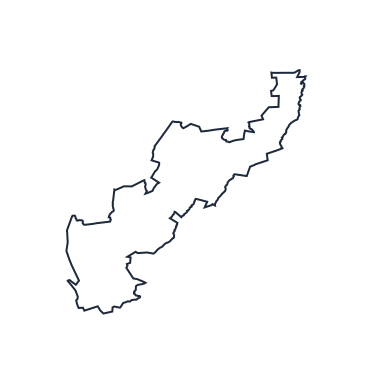 the district of Kesses, Rift Valley, Kenya, rotated 66°
{"feature_id": "3690345B57454670869281", "entity_name": "Kesses", "entity_type": "district", "adm_level": 2, "iso_a3": "KEN", "parent_name": "Kenya", "parent_adm1": "Rift Valley", "projection": "natural_earth1", "projection_center": [35.384, 0.259], "detail": "fine", "context": "isolated", "style": "outline", "palette": "slate", "viewbox_px": 384, "rotation_deg": 66, "n_neighbors": 0, "source": "geoboundaries", "source_scale": "gbopen_adm2", "svg_char_len": 6039}
<svg xmlns="http://www.w3.org/2000/svg" viewBox="0 0 384 384"><g transform="rotate(66 192 192)"><path d="M132.5,41.3L132.2,41.8L132.5,42.6L129.8,49.2L126.3,45.0L124.5,44.1L124.1,44.9L124.7,50.0L116.1,69.6L115.2,70.9L120.1,72.5L121.8,68.5L128.1,70.5L129.3,72.0L132.2,76.4L131.8,78.7L136.8,80.2L138.0,77.5L139.5,73.6L149.4,78.4L145.8,87.4L150.5,97.4L154.5,97.5L151.3,111.6L151.4,112.1L152.7,111.8L153.8,112.2L155.1,113.2L155.7,112.8L156.3,113.0L156.6,113.4L157.3,113.4L157.8,113.2L158.6,112.2L159.1,111.9L162.0,111.0L162.5,111.1L159.5,115.8L157.4,118.7L160.5,120.9L164.6,123.4L163.0,128.8L162.1,132.5L161.7,137.8L161.3,138.0L160.8,138.5L159.8,140.1L158.9,140.1L158.4,139.8L157.6,141.0L156.8,141.8L156.2,142.0L155.2,142.6L154.7,142.3L154.2,142.5L153.7,142.3L152.9,141.5L152.6,140.9L151.4,139.7L151.2,138.9L150.0,138.0L149.7,137.5L149.9,136.0L150.2,135.3L150.3,134.7L150.0,134.2L149.5,134.3L149.0,134.7L148.4,134.2L148.1,133.8L144.6,145.0L142.5,152.7L140.5,158.9L135.3,158.9L132.3,162.1L129.3,165.4L130.1,171.5L130.2,174.1L128.2,174.9L126.8,175.1L125.8,174.8L125.3,174.5L124.9,173.7L124.3,173.5L122.6,175.8L122.3,176.5L122.0,177.5L121.5,178.1L121.2,178.8L119.7,180.9L120.2,182.1L126.7,193.0L127.2,194.2L128.2,195.6L129.8,198.4L135.0,207.6L135.5,207.6L137.4,209.1L138.0,210.3L138.4,210.5L139.8,211.8L140.4,211.9L141.3,211.9L143.8,213.1L144.6,213.8L144.8,214.3L145.9,215.1L146.6,216.0L148.0,214.5L151.1,210.8L151.9,210.1L153.2,210.7L154.0,211.1L157.0,214.4L157.3,214.9L158.2,217.5L159.0,218.5L160.0,220.1L161.5,222.1L162.0,223.0L162.3,223.4L170.1,218.3L170.3,220.4L170.6,221.2L172.8,225.2L174.9,227.6L174.9,231.5L174.6,235.2L172.7,232.8L171.6,233.2L168.6,232.8L168.0,232.7L166.4,231.3L165.0,230.9L164.5,231.4L161.8,230.7L161.8,233.2L162.4,244.7L159.1,251.9L159.1,258.2L159.0,261.4L158.2,261.9L168.0,267.7L169.8,269.0L170.8,269.1L172.2,270.0L174.3,270.4L174.8,270.6L175.8,270.6L176.7,270.8L177.6,271.6L177.7,273.3L178.5,275.0L178.6,275.6L179.9,277.2L181.2,278.3L181.6,277.5L182.3,277.1L183.0,277.3L183.4,277.6L183.8,277.7L184.3,277.5L185.7,278.9L183.1,287.4L181.8,291.5L180.7,295.9L178.5,302.9L177.7,304.2L176.8,304.3L176.3,304.6L173.9,303.5L172.8,304.4L172.6,305.0L172.5,305.5L171.8,306.5L171.6,308.2L171.3,308.7L170.6,308.9L169.7,308.6L168.6,309.0L166.8,308.5L166.3,308.6L165.7,309.0L165.1,310.9L166.2,312.2L176.4,322.0L177.9,322.4L187.4,326.0L194.7,330.7L203.4,331.5L205.8,331.6L210.8,331.7L227.0,331.3L229.5,335.8L226.7,337.5L222.7,339.6L222.6,340.4L222.4,341.0L222.6,341.7L225.6,340.8L234.5,338.5L241.2,338.9L242.4,339.6L243.4,340.5L243.9,341.9L247.6,342.6L251.9,342.7L253.3,338.7L256.6,338.6L258.1,324.6L263.2,323.9L267.0,322.3L268.8,313.4L265.1,311.5L265.0,310.3L265.0,309.6L268.1,305.3L268.3,304.8L268.1,304.1L265.4,300.1L265.5,298.9L265.7,298.0L265.7,295.5L265.8,294.9L266.7,293.7L266.8,293.0L266.4,292.0L266.2,291.0L266.7,289.6L266.8,288.6L267.7,286.8L267.7,286.2L267.3,285.4L267.3,283.8L267.0,282.3L266.7,282.0L266.3,281.9L265.9,282.1L265.6,282.4L265.3,283.4L264.4,284.1L263.9,285.2L263.2,285.5L262.5,285.5L262.0,285.8L261.5,286.2L260.9,286.3L260.3,285.9L260.2,285.4L259.4,285.3L258.7,283.3L255.4,281.6L255.1,281.1L254.8,279.0L255.7,276.0L256.0,273.9L256.2,273.2L256.0,271.4L254.6,272.5L249.3,277.5L247.1,280.8L234.5,282.8L233.2,281.0L231.3,280.8L231.6,277.4L226.8,274.7L224.9,277.4L223.7,267.8L225.7,266.5L228.6,258.7L228.8,257.9L232.7,252.1L231.7,249.1L231.0,247.7L230.5,246.4L229.9,243.8L229.9,241.9L229.8,241.2L229.2,240.2L228.3,237.4L228.1,236.1L228.3,235.5L228.3,234.7L228.1,232.3L227.8,231.6L227.5,231.1L226.8,229.2L226.4,228.7L226.6,227.9L225.8,226.6L225.4,226.6L224.9,226.3L223.7,225.8L222.0,225.9L221.3,225.0L220.9,224.0L220.2,223.5L219.7,223.6L219.1,222.4L218.7,221.9L218.2,221.4L217.0,220.7L216.9,220.1L216.5,219.7L216.0,219.6L215.7,218.9L215.0,218.6L214.3,217.9L207.0,222.8L206.9,222.0L206.6,221.5L206.6,221.1L205.9,219.7L205.2,218.9L205.1,218.1L204.8,217.6L204.1,217.0L203.9,216.5L203.0,215.9L203.6,215.3L210.7,212.0L210.0,210.9L209.9,210.3L210.0,209.7L210.0,209.0L209.6,208.6L209.1,208.3L209.1,207.8L208.5,205.3L207.6,203.7L207.2,203.9L207.1,202.7L206.8,201.8L206.1,200.7L205.5,200.5L205.1,199.6L204.9,199.0L205.3,198.6L205.1,198.1L204.5,198.0L204.0,197.7L203.9,196.1L203.7,195.5L202.5,194.3L201.9,194.1L201.3,193.1L200.4,192.4L199.8,191.4L201.6,188.9L207.1,182.1L211.2,186.7L212.0,179.2L211.4,178.3L213.7,176.4L212.3,175.9L210.9,174.1L210.5,173.7L209.9,172.7L209.6,171.8L208.3,170.6L208.1,170.0L207.8,169.5L207.4,168.2L206.8,167.1L206.4,165.9L205.7,165.1L205.7,164.3L205.2,163.5L205.1,162.7L204.8,162.1L204.7,161.5L203.7,160.5L202.3,159.7L201.0,159.8L199.8,158.3L199.9,157.8L199.7,157.2L199.4,156.8L198.6,156.1L197.8,155.6L196.6,153.3L196.4,152.6L196.3,150.9L196.0,150.5L196.1,149.3L195.9,148.8L195.0,148.1L194.7,147.4L193.7,147.4L193.1,146.3L193.3,145.5L199.7,135.5L192.5,128.6L192.7,123.8L192.5,122.8L193.8,110.0L187.5,108.1L188.5,97.8L188.9,91.6L188.3,91.6L187.3,92.1L186.9,91.8L186.2,91.7L184.9,92.0L183.6,91.9L182.5,91.6L182.4,91.0L182.0,90.9L181.9,90.4L181.0,90.0L180.6,88.5L180.3,87.9L178.9,87.8L179.0,87.3L178.7,86.7L178.2,86.5L177.7,85.6L177.2,85.1L177.0,84.3L176.7,83.8L177.0,83.3L176.3,82.3L175.8,82.1L175.6,81.5L174.1,80.9L173.1,79.9L172.9,79.5L172.0,78.2L171.5,77.0L170.9,76.7L170.5,76.3L169.2,73.4L169.2,72.8L168.8,71.3L168.7,69.8L168.5,69.1L168.6,67.4L168.5,66.3L168.2,65.7L167.1,65.0L166.7,64.6L165.4,62.6L165.0,62.5L164.5,62.6L163.3,62.4L162.8,62.0L161.3,61.8L160.9,61.4L160.5,60.3L160.2,59.9L159.6,60.0L158.6,59.3L157.8,58.3L157.5,57.9L156.7,57.8L156.5,58.5L156.1,58.8L155.0,58.9L154.4,58.7L153.8,57.8L153.4,57.6L152.8,56.5L152.5,55.5L152.1,55.1L150.8,55.5L149.4,55.2L149.1,54.7L148.7,53.0L148.3,52.1L147.9,51.6L147.1,51.9L146.6,51.9L145.5,51.5L145.0,51.0L144.5,49.7L144.0,49.7L143.6,50.0L143.2,49.7L142.9,48.5L142.4,47.7L141.2,46.4L140.6,46.7L140.4,46.2L139.8,45.7L139.3,45.5L137.6,45.8L137.1,46.2L137.2,46.9L137.6,47.5L137.7,48.1L137.3,48.4L136.4,47.5L136.0,47.4L135.5,45.4L135.2,44.9L135.0,43.1L134.7,42.5L133.1,42.0L132.7,41.8L132.5,41.3Z" fill="none" stroke="#1e293b" stroke-width="2"/></g></svg>